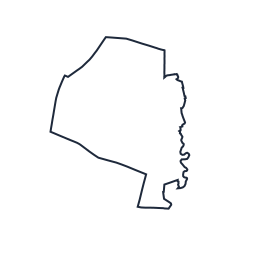 Stejaru, Teleorman, Romania (orthographic projection), rotated 61°
{"feature_id": "2599482B19320375788704", "entity_name": "Stejaru", "entity_type": "district", "adm_level": 2, "iso_a3": "ROU", "parent_name": "Romania", "parent_adm1": "Teleorman", "projection": "orthographic", "projection_center": [24.865, 44.177], "detail": "fine", "context": "isolated", "style": "outline", "palette": "slate", "viewbox_px": 256, "rotation_deg": 61, "n_neighbors": 0, "source": "geoboundaries", "source_scale": "gbopen_adm2", "svg_char_len": 3608}
<svg xmlns="http://www.w3.org/2000/svg" viewBox="0 0 256 256"><g transform="rotate(61 128 128)"><path d="M93.7,197.6L97.0,195.0L100.6,192.2L110.6,184.3L113.4,182.0L116.3,179.7L118.5,178.3L119.9,177.6L129.8,173.2L135.2,170.6L139.6,168.3L146.7,161.1L152.4,155.2L152.7,154.9L156.9,151.2L161.4,147.4L168.3,141.9L177.3,134.6L179.9,137.1L183.8,140.9L188.9,145.7L196.3,152.5L201.6,157.7L203.8,155.1L206.0,151.6L208.8,146.6L209.8,144.9L210.2,144.2L213.6,138.7L215.3,135.9L216.1,135.0L218.2,131.6L216.1,127.4L214.8,127.0L213.4,127.6L207.4,130.8L203.0,129.1L201.0,128.3L201.2,127.7L195.1,123.6L196.0,118.6L197.5,109.7L198.6,110.4L199.0,110.2L199.4,109.8L199.8,110.0L200.0,110.3L201.2,110.8L201.7,111.6L202.9,111.9L203.6,111.8L204.2,112.0L204.9,113.7L206.0,111.2L206.5,108.9L206.2,106.8L204.8,104.8L202.8,103.4L201.2,101.0L200.5,100.7L199.8,101.0L199.1,102.0L198.2,102.8L197.0,103.1L195.5,102.4L193.5,100.8L193.2,99.4L193.9,97.9L193.8,96.9L193.0,96.2L191.0,96.5L189.7,97.4L186.2,98.0L184.0,98.5L182.4,98.1L181.5,96.3L183.1,93.1L183.7,91.2L182.9,89.5L181.4,87.5L179.9,87.4L178.3,88.3L178.1,89.7L178.5,91.9L177.8,93.5L176.1,94.4L174.2,93.8L171.2,90.5L170.8,88.8L169.7,87.4L168.7,87.0L167.5,87.6L165.0,87.5L164.3,87.3L162.6,85.1L161.9,84.6L159.9,84.8L159.0,84.6L157.9,85.2L156.7,84.3L155.5,84.7L155.3,82.9L153.3,82.1L152.8,81.9L152.6,81.9L152.7,81.6L153.0,79.7L152.0,79.4L151.6,78.7L151.5,76.3L150.8,75.4L145.5,74.7L144.3,74.5L143.6,74.4L142.9,74.2L141.9,74.0L141.5,74.0L141.0,73.9L140.8,73.8L140.3,73.6L139.6,73.3L138.9,73.0L138.3,72.7L137.9,72.5L137.1,72.2L136.5,72.0L136.7,71.6L136.9,70.9L136.9,70.7L136.8,70.4L136.6,70.1L136.3,69.6L136.1,69.1L136.0,68.9L135.9,68.7L135.6,68.4L135.3,68.1L135.2,68.0L134.9,67.7L134.5,67.3L133.6,66.4L132.7,65.6L131.7,64.6L130.8,64.4L129.7,64.1L129.8,63.0L128.1,62.5L127.7,63.1L127.3,63.0L126.2,62.7L124.9,62.3L123.5,61.9L122.0,61.5L120.3,61.0L119.3,60.8L119.7,60.1L118.5,59.7L117.0,59.3L115.7,59.0L114.2,58.6L113.6,58.4L113.5,58.5L112.9,59.1L112.2,59.7L111.4,60.3L110.8,60.9L110.5,61.1L110.3,61.3L110.1,61.4L109.8,61.6L109.3,61.8L108.9,61.9L108.9,61.5L108.8,61.0L108.8,60.8L108.8,60.7L108.6,60.3L108.3,59.8L108.1,59.6L107.8,59.4L107.4,59.3L107.2,59.2L106.9,59.2L106.5,59.2L106.2,59.3L105.8,59.3L105.5,59.3L105.4,59.3L105.3,59.2L105.2,59.1L105.0,59.3L104.9,59.3L104.7,59.3L104.6,59.2L104.4,59.2L104.2,59.9L103.5,61.7L103.4,61.7L103.4,61.8L103.2,62.2L103.0,62.9L102.8,63.4L102.5,64.2L102.4,64.4L102.2,65.0L102.0,65.8L101.5,66.9L101.3,67.4L101.2,67.6L101.1,67.9L101.1,68.2L101.0,68.5L100.9,68.7L100.9,68.8L100.9,69.0L100.9,69.4L101.0,69.7L101.1,70.0L101.3,70.7L101.5,71.8L101.2,71.6L100.7,71.4L100.3,71.1L99.8,70.7L99.2,70.4L98.7,70.1L97.9,69.7L97.6,69.6L97.1,69.3L96.9,69.2L96.5,69.0L96.2,68.8L95.9,68.6L95.4,68.3L95.0,68.1L94.5,67.8L94.0,67.5L93.7,67.3L93.5,67.2L93.2,67.1L92.9,66.9L92.3,66.5L91.6,66.2L91.1,65.9L90.4,65.5L89.9,65.2L89.0,64.6L88.2,64.2L87.0,63.5L86.2,63.1L84.5,62.2L83.4,61.5L82.7,61.1L81.9,60.7L80.6,60.0L79.8,59.5L79.2,59.2L78.2,58.6L77.7,58.4L77.2,58.9L76.6,59.7L76.5,59.8L75.2,61.2L73.4,63.0L72.4,63.9L72.2,64.0L70.9,65.3L69.5,66.6L67.8,68.2L67.7,68.3L66.2,69.7L61.0,74.8L53.5,81.8L49.0,86.2L44.0,93.8L41.3,97.9L38.0,103.0L37.8,103.4L38.1,103.9L38.4,104.6L39.8,107.4L42.6,112.9L45.1,117.8L46.5,121.1L48.1,124.6L49.5,128.3L49.8,129.3L50.2,131.0L52.2,138.4L52.7,142.2L52.9,144.4L54.2,155.7L52.1,157.3L51.5,157.8L52.2,159.0L55.6,163.5L58.5,167.1L59.1,167.9L60.8,169.9L63.2,172.4L66.8,176.1L69.3,178.2L73.7,181.7L77.2,184.5L80.0,186.7L82.6,188.8L83.2,189.3L83.8,189.8L84.7,190.5L87.9,193.0L91.0,195.5L93.7,197.6Z" fill="none" stroke="#1e293b" stroke-width="2"/></g></svg>